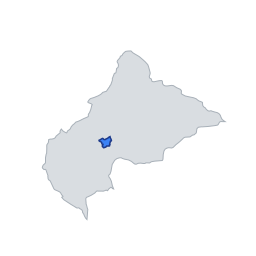 location of Dékoa, Kémo, Central African Republic, rotated 341°
{"feature_id": "33826404B62845091164313", "entity_name": "Dékoa", "entity_type": "district", "adm_level": 2, "iso_a3": "CAF", "parent_name": "Central African Republic", "parent_adm1": "Kémo", "projection": "natural_earth1", "projection_center": [19.104, 6.266], "detail": "fine", "context": "in_parent", "style": "filled", "palette": "blue", "viewbox_px": 256, "rotation_deg": 341, "n_neighbors": 0, "source": "geoboundaries", "source_scale": "gbopen_adm2", "svg_char_len": 4678}
<svg xmlns="http://www.w3.org/2000/svg" viewBox="0 0 256 256"><g transform="rotate(341 128 128)"><path d="M173.2,93.5L175.3,94.1L175.7,94.9L175.1,97.3L175.5,98.9L176.7,100.2L177.9,100.7L179.1,101.1L183.1,101.9L184.8,102.8L187.1,105.7L189.9,108.3L190.6,109.7L190.4,111.0L189.6,112.5L189.7,113.2L191.0,114.7L192.5,116.3L195.2,118.0L199.9,120.8L202.0,122.6L202.8,124.0L203.9,125.5L205.6,126.9L206.7,128.0L206.0,131.0L206.2,132.0L206.6,132.9L207.6,134.1L208.0,135.6L209.0,137.5L210.1,138.4L212.1,138.7L213.1,139.6L215.2,141.1L217.2,142.4L218.1,143.3L218.7,144.1L219.1,145.1L219.4,146.0L219.4,148.0L219.8,150.6L220.9,152.3L221.9,153.6L217.7,152.1L217.1,152.1L216.4,152.3L214.2,154.2L213.5,154.4L210.8,154.0L204.1,152.6L199.0,151.2L197.4,150.7L194.7,150.2L192.9,151.1L191.2,154.4L190.7,155.0L188.1,156.0L186.8,155.7L183.7,156.6L179.0,155.3L177.3,155.5L175.9,156.2L172.5,157.7L170.4,158.5L168.0,159.3L165.7,160.4L164.2,161.1L162.7,161.1L161.3,160.4L159.8,159.8L158.1,159.7L156.2,160.1L154.6,161.4L154.0,162.3L152.6,164.7L151.0,168.7L150.4,169.5L149.8,169.9L142.3,168.0L139.1,167.5L137.0,168.1L134.3,167.0L133.1,166.8L132.5,167.1L131.0,166.6L128.5,165.3L126.2,164.7L124.1,164.9L122.8,164.4L121.8,163.1L120.4,160.7L118.0,158.3L114.7,156.4L112.7,154.9L111.9,153.9L110.2,153.4L107.5,153.3L104.9,154.2L101.2,157.3L97.8,163.4L95.9,165.8L94.3,166.4L94.0,167.9L94.7,170.3L94.9,173.0L94.4,177.6L94.6,181.0L93.8,180.4L93.0,178.9L92.6,178.5L90.3,179.2L89.2,179.9L88.5,180.5L88.1,180.6L87.3,179.7L86.8,179.6L85.9,179.7L85.0,179.7L84.4,179.6L84.0,179.7L82.9,179.2L79.0,177.9L78.4,177.5L77.6,177.5L75.6,178.6L74.5,178.9L71.3,179.6L67.8,180.0L66.5,180.0L65.6,180.5L65.0,181.2L63.9,185.5L63.6,186.2L63.7,187.3L63.4,190.7L63.5,191.8L59.4,201.2L58.7,199.7L58.3,197.8L58.1,195.7L58.2,195.1L57.9,194.5L57.6,192.8L57.9,191.7L57.7,190.5L56.9,189.4L56.1,188.5L55.7,187.7L55.4,187.4L54.6,187.3L53.5,186.9L48.9,181.3L44.1,175.1L43.2,173.1L42.8,171.9L43.9,171.8L44.2,171.6L44.2,171.1L43.5,169.5L43.2,167.4L42.6,166.2L40.7,164.3L39.0,162.8L38.4,162.1L38.1,161.0L37.4,154.3L37.1,152.4L36.5,151.6L36.1,151.2L36.0,150.7L36.0,149.5L36.3,148.5L36.3,148.1L36.8,147.1L36.8,140.9L36.2,140.1L35.1,140.0L34.6,139.1L34.1,138.0L34.2,137.2L35.3,135.9L35.9,135.4L38.0,134.5L38.6,134.0L38.9,133.3L39.2,132.5L40.3,129.3L42.1,126.1L42.8,125.5L44.6,120.8L45.0,119.6L45.4,118.4L45.9,117.4L47.9,115.9L49.3,113.1L50.9,113.2L52.5,113.7L54.6,113.9L56.2,113.4L57.3,112.3L62.3,110.4L62.7,108.9L63.5,108.1L64.4,107.4L64.7,107.3L64.8,107.8L65.4,109.4L66.5,110.9L68.2,112.6L68.7,112.5L69.7,111.2L72.3,110.4L73.0,110.1L74.9,108.2L77.1,107.0L78.4,106.6L80.7,105.4L82.3,105.5L84.9,105.3L89.2,104.7L92.3,104.5L93.9,104.3L94.3,104.1L94.9,102.3L95.4,101.8L96.6,101.0L98.9,98.3L100.4,96.0L100.8,95.2L101.1,95.0L101.8,94.1L101.1,93.1L98.6,91.0L98.6,90.8L98.5,90.4L98.6,90.1L99.6,89.3L100.9,88.4L102.3,88.0L106.0,88.1L109.1,87.9L109.9,87.9L112.3,87.5L114.0,87.0L115.7,86.1L119.6,86.2L122.9,83.7L123.8,83.2L124.2,82.8L124.3,82.5L125.8,81.5L127.5,79.4L128.9,77.6L129.2,76.3L132.9,71.9L134.2,72.0L134.8,71.5L136.3,68.6L136.7,68.0L138.2,67.5L138.9,66.6L139.5,65.3L139.6,63.7L139.3,62.5L139.3,61.8L139.6,61.3L140.2,60.7L143.0,59.1L143.7,58.4L144.1,57.7L144.9,57.6L145.7,57.6L146.3,57.2L146.9,56.5L148.8,55.5L150.6,54.8L152.5,55.1L155.9,56.1L156.9,58.1L157.4,58.9L161.6,63.8L162.4,65.0L164.5,68.6L165.8,71.0L167.3,74.5L167.4,76.4L167.3,78.0L167.0,82.6L166.6,83.9L164.8,86.4L164.7,87.5L165.1,88.4L165.6,88.8L166.0,89.3L165.8,91.4L166.4,92.2L167.8,92.8L171.3,93.2L173.2,93.5Z" fill="#d9dde1" stroke="#a8b0b8" stroke-width="1"/><path d="M104.8,138.8L104.8,138.5L104.9,138.4L105.0,138.4L105.1,138.2L105.3,137.9L105.3,137.7L105.5,137.7L105.5,137.4L105.6,137.2L105.8,136.6L106.0,136.4L106.3,135.9L106.8,135.4L106.8,135.1L107.0,134.9L107.2,134.7L107.4,134.8L107.7,134.8L108.1,134.7L108.3,134.3L108.3,132.9L108.1,132.0L108.1,130.8L108.2,130.3L107.2,130.4L106.0,130.8L105.4,131.1L104.2,131.2L103.8,131.1L103.3,131.4L102.9,131.5L102.7,131.5L102.4,131.5L102.0,131.3L101.8,131.2L101.6,131.0L101.4,130.9L101.2,130.6L101.2,130.4L100.9,129.8L100.8,129.7L100.6,129.6L100.3,129.5L99.9,129.6L99.3,129.7L97.7,130.1L96.7,130.1L96.5,130.4L96.5,130.5L96.5,130.8L97.1,131.6L97.9,132.3L98.2,132.7L98.3,132.9L98.4,133.2L98.2,133.8L98.3,134.4L98.3,134.8L98.4,135.0L98.5,135.1L98.9,135.3L99.0,135.3L99.0,135.6L98.9,135.8L98.4,135.9L98.2,136.0L98.0,136.5L97.8,136.8L97.8,137.0L97.8,137.3L97.9,137.5L98.1,137.7L98.2,138.0L98.4,138.2L98.6,138.3L98.4,138.4L98.4,138.5L98.5,138.7L98.7,138.8L100.9,138.8L101.3,138.5L101.6,138.3L102.0,138.1L102.7,138.4L103.0,138.5L103.5,138.5L103.9,138.8L104.3,138.9L104.7,138.9L104.8,138.8Z" fill="#3b82f6" stroke="#1e3a8a" stroke-width="1.5"/></g></svg>